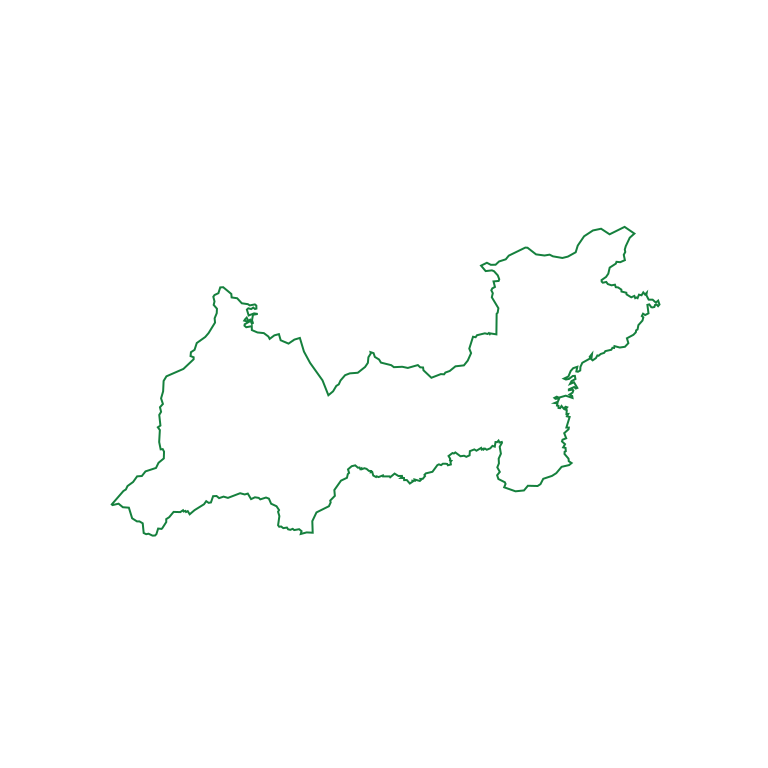 Mushindano, North-Western, Zambia (Natural Earth projection), rotated 234°
{"feature_id": "96606910B46264133370016", "entity_name": "Mushindano", "entity_type": "district", "adm_level": 2, "iso_a3": "ZMB", "parent_name": "Zambia", "parent_adm1": "North-Western", "projection": "natural_earth1", "projection_center": [26.828, -12.5], "detail": "fine", "context": "isolated", "style": "outline", "palette": "green", "viewbox_px": 768, "rotation_deg": 234, "n_neighbors": 0, "source": "geoboundaries", "source_scale": "gbopen_adm2", "svg_char_len": 6163}
<svg xmlns="http://www.w3.org/2000/svg" viewBox="0 0 768 768"><g transform="rotate(234 384 384)"><path d="M556.8,310.8L558.4,308.3L554.8,303.4L555.6,299.2L554.9,297.2L550.4,295.4L548.1,292.7L543.1,293.1L539.6,290.3L536.7,285.6L533.0,283.4L528.3,272.0L527.1,267.0L527.2,256.6L523.0,250.8L523.2,246.5L520.3,243.9L517.5,245.7L515.9,244.5L514.1,230.6L518.1,212.5L516.0,207.5L507.9,201.0L503.4,195.2L497.8,193.4L496.9,189.1L492.5,187.3L491.1,184.0L481.8,178.7L481.9,175.6L478.5,175.6L469.2,168.0L462.4,164.9L461.4,166.7L458.6,166.3L453.2,162.1L452.8,155.3L450.1,150.2L453.5,139.7L451.9,134.0L454.4,130.0L452.2,123.4L452.2,116.5L450.4,113.2L450.6,110.3L446.6,93.0L445.6,93.2L443.2,98.9L437.8,100.3L433.9,104.9L423.4,101.3L418.0,103.4L416.6,105.4L413.1,106.9L404.7,102.0L402.3,103.3L401.3,105.5L397.4,107.6L396.0,109.7L396.3,111.6L399.8,116.3L397.5,118.9L397.7,120.0L400.3,126.7L402.7,128.4L402.5,131.9L404.2,138.6L400.1,143.9L400.0,147.2L398.6,147.0L398.1,148.7L396.8,148.6L396.5,150.5L392.8,150.2L393.3,156.6L392.5,167.7L393.7,171.3L390.9,172.3L389.9,174.4L393.7,179.8L391.8,182.7L388.6,183.5L387.2,188.0L383.6,190.8L380.2,203.4L376.5,206.4L375.4,209.4L369.0,208.8L368.2,213.0L365.5,215.7L363.4,216.1L361.5,221.8L358.9,223.5L353.5,222.3L348.3,225.2L343.7,225.0L342.9,223.2L338.6,221.7L332.0,215.3L330.1,215.3L329.2,217.0L326.6,217.8L324.9,221.1L322.8,221.0L321.1,222.5L320.5,225.0L318.6,225.5L316.4,230.0L313.4,230.8L311.6,228.5L309.4,234.2L305.6,238.9L315.2,245.4L319.8,253.9L317.5,267.6L319.5,271.2L321.3,272.0L322.4,278.5L327.4,281.5L331.1,292.4L329.9,298.9L332.4,301.8L332.6,303.5L336.1,304.7L336.5,309.5L335.1,312.9L331.6,313.7L330.8,315.1L329.0,314.8L329.0,316.3L328.1,316.0L327.4,318.6L325.6,320.0L322.6,320.7L321.3,322.3L320.4,321.4L319.8,322.8L316.3,321.5L313.4,322.9L313.6,323.8L311.9,324.9L310.7,329.4L309.8,328.9L306.0,334.2L304.9,334.2L305.3,339.9L301.1,341.6L299.1,344.5L298.2,344.1L298.1,342.4L296.2,344.9L294.4,343.8L292.9,346.0L288.3,346.4L288.2,350.2L288.9,350.3L287.6,352.1L288.8,352.6L284.5,356.0L284.7,357.5L285.8,357.7L284.5,359.6L285.4,363.1L286.7,363.3L287.1,365.3L284.5,371.6L287.0,379.5L286.7,381.2L284.8,382.5L284.9,384.7L283.6,386.6L282.2,388.1L280.7,387.9L279.6,390.8L281.9,392.0L282.3,393.4L283.5,392.5L284.7,393.6L287.8,393.9L287.9,398.8L286.7,399.7L286.7,401.5L280.6,403.4L278.9,406.6L276.7,407.8L276.0,411.3L279.2,414.0L278.0,418.6L275.7,419.6L275.2,425.0L273.6,424.5L273.4,426.1L272.5,425.9L272.5,427.7L270.4,428.5L269.5,432.2L270.2,435.4L268.2,436.8L271.5,440.1L270.5,441.3L270.9,443.4L268.8,443.0L267.9,445.2L267.1,444.9L265.2,440.7L258.9,437.6L256.2,432.9L252.2,430.3L250.0,426.7L244.8,426.0L243.7,421.9L239.9,420.7L233.5,424.0L231.7,423.6L229.8,420.5L219.9,427.3L215.6,434.7L217.1,440.6L211.2,448.3L211.0,451.7L213.7,457.1L210.9,465.9L210.6,471.0L212.6,479.0L209.6,486.1L209.8,489.3L212.9,488.1L215.2,489.4L221.3,488.9L223.0,490.3L222.8,491.6L225.6,493.3L227.4,491.7L228.9,495.1L232.9,494.2L234.0,495.7L233.0,499.5L238.3,500.9L238.9,506.7L240.1,507.9L241.6,506.0L248.2,514.8L250.3,513.0L251.5,515.4L252.4,513.9L255.4,516.5L256.7,515.7L257.5,518.5L258.8,517.6L258.5,514.9L261.9,514.7L260.9,512.3L262.0,511.1L263.8,512.3L264.9,511.3L266.4,512.9L268.3,510.9L267.5,514.2L269.4,517.4L271.2,514.0L272.6,513.7L272.2,516.3L270.2,517.4L267.7,524.2L261.9,528.3L263.7,529.2L266.4,527.9L266.2,531.5L267.5,533.4L268.6,533.3L270.3,529.9L271.0,530.4L269.8,536.1L267.6,536.5L267.2,538.1L273.7,538.7L274.7,534.5L276.1,537.4L275.5,541.8L278.4,543.2L279.5,541.5L279.4,536.6L280.7,533.8L282.6,532.7L281.7,537.6L284.8,542.7L285.6,546.4L284.3,550.5L281.1,547.0L279.9,548.1L279.6,550.7L282.4,553.0L284.6,556.9L283.5,565.9L285.1,566.4L286.1,570.0L282.2,566.3L280.5,566.7L280.4,570.7L281.7,573.4L280.7,574.2L280.9,577.0L279.8,580.4L280.5,582.4L278.1,588.0L279.0,590.1L277.9,591.3L279.2,592.7L274.9,596.2L272.5,600.8L273.4,605.7L278.2,607.4L277.2,614.7L277.8,618.1L279.2,619.5L279.1,621.2L282.1,624.4L283.4,630.4L285.5,633.0L287.4,632.5L288.6,634.9L286.3,635.8L285.7,639.5L293.2,643.6L292.5,645.4L289.0,645.4L288.1,646.3L287.4,648.0L288.6,649.7L287.9,651.3L285.9,651.5L286.4,653.6L290.3,654.8L290.1,651.8L294.3,650.9L296.7,647.7L301.7,648.5L303.4,650.2L302.9,647.8L305.7,647.6L304.4,644.5L306.4,642.8L304.4,639.6L305.6,639.1L305.8,637.7L308.1,638.3L308.8,635.0L313.9,632.9L315.4,633.7L319.2,630.5L320.9,631.5L324.6,630.1L326.1,628.4L328.6,629.2L330.1,626.1L333.3,623.8L335.9,623.8L337.3,620.6L338.9,620.3L340.2,621.1L340.1,626.6L341.4,630.3L345.5,635.0L345.1,642.3L346.2,643.9L343.7,646.7L342.6,651.7L347.6,653.9L349.0,656.8L351.2,657.8L353.4,660.6L357.9,668.8L358.5,675.0L369.7,671.0L372.5,654.5L382.0,650.9L385.4,643.3L385.9,632.7L382.1,622.1L377.9,616.5L379.0,607.6L381.1,602.4L388.0,595.7L391.3,594.0L393.6,589.4L399.5,583.2L409.9,580.2L411.3,578.5L414.5,560.4L413.3,555.8L415.5,549.1L414.9,544.4L417.6,540.5L421.6,538.5L422.7,532.1L415.6,532.6L412.5,538.1L410.6,539.3L405.0,539.9L401.0,538.8L400.0,537.3L402.6,532.9L397.3,530.8L397.7,527.8L396.7,525.9L393.5,525.4L390.8,522.2L378.1,521.1L374.9,517.9L374.6,516.4L358.1,504.1L362.4,499.8L362.1,498.9L363.6,498.8L363.6,497.2L365.7,495.4L368.8,487.9L368.0,485.6L369.9,483.8L362.5,473.8L357.8,472.6L353.7,465.5L352.1,459.6L356.3,452.2L355.9,444.8L357.2,440.4L356.5,438.3L358.6,435.8L361.2,426.0L371.9,424.0L374.4,425.3L376.2,423.1L379.4,422.5L383.0,412.7L387.2,408.9L391.8,401.9L395.0,400.9L403.1,394.1L406.7,394.4L411.3,392.5L415.1,393.7L417.7,391.8L416.5,391.3L414.8,387.1L410.6,383.4L408.9,378.7L408.5,369.4L412.7,362.6L414.0,357.7L412.4,350.9L410.3,347.2L410.5,344.3L408.0,338.5L407.6,332.4L423.1,336.4L444.5,336.6L457.3,338.3L470.7,343.0L472.6,337.6L472.8,330.5L480.1,326.1L486.1,328.3L487.8,323.9L487.7,318.0L490.3,318.4L495.8,316.7L500.1,311.9L505.3,308.8L508.5,311.0L510.9,305.9L513.2,305.4L514.2,306.4L513.7,311.2L517.4,308.2L518.0,309.7L518.4,311.9L514.8,311.3L514.7,313.5L510.3,312.5L510.4,313.8L513.2,314.7L517.0,318.7L514.9,323.0L517.5,320.4L519.0,314.8L524.8,316.8L525.0,318.7L522.7,320.6L522.7,323.1L520.5,323.7L520.0,325.1L522.5,326.8L524.3,326.3L526.5,321.6L528.6,320.8L532.9,316.4L539.7,315.6L543.6,311.6L546.6,313.4L556.8,310.8Z" fill="none" stroke="#15803d" stroke-width="2"/></g></svg>